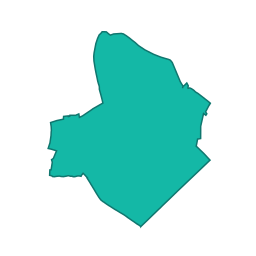 Serrekunda West, Banjul, Gambia (Mercator projection), rotated 80°
{"feature_id": "56634734B71497134195207", "entity_name": "Serrekunda West", "entity_type": "district", "adm_level": 2, "iso_a3": "GMB", "parent_name": "Gambia", "parent_adm1": "Banjul", "projection": "mercator", "projection_center": [-16.697, 13.446], "detail": "fine", "context": "isolated", "style": "filled", "palette": "teal", "viewbox_px": 256, "rotation_deg": 80, "n_neighbors": 0, "source": "geoboundaries", "source_scale": "gbopen_adm2", "svg_char_len": 3055}
<svg xmlns="http://www.w3.org/2000/svg" viewBox="0 0 256 256"><g transform="rotate(80 128 128)"><path d="M118.9,43.4L117.9,42.6L115.4,44.7L106.1,53.1L104.3,55.2L102.1,56.8L100.3,58.7L99.3,60.2L99.3,61.9L98.3,61.9L96.9,61.3L93.9,62.3L95.8,65.0L96.7,66.7L97.6,67.1L98.3,67.4L96.3,66.6L91.4,68.5L71.4,73.0L69.9,73.7L68.3,74.8L67.3,76.5L66.1,79.0L64.0,83.2L62.8,85.2L59.8,90.1L59.3,90.7L57.7,92.9L53.9,97.9L49.6,102.4L49.2,102.8L48.5,103.5L45.1,106.1L42.7,108.3L41.7,109.2L39.7,110.9L36.5,114.0L36.0,114.6L34.6,116.1L33.7,118.2L32.9,125.9L33.4,128.8L33.5,129.1L32.1,130.6L29.6,132.6L29.2,134.1L28.7,136.7L28.9,137.0L30.0,138.2L31.3,140.2L34.5,142.4L39.3,145.0L48.3,148.4L51.5,149.3L56.1,149.9L63.3,150.0L65.2,150.0L69.7,149.9L71.9,149.8L75.7,149.7L76.4,149.7L79.5,149.4L81.4,149.1L82.7,149.1L83.2,149.2L85.0,149.5L90.2,149.0L95.2,148.6L95.3,148.6L99.1,148.4L102.9,159.1L103.3,159.9L103.4,160.0L108.2,170.7L108.5,171.8L109.1,174.0L105.6,174.0L106.4,177.5L105.4,182.8L105.4,183.1L106.4,183.4L106.4,184.2L106.4,184.7L105.8,184.7L105.8,184.9L105.7,184.9L105.4,189.4L106.5,189.7L107.2,189.9L108.1,190.0L108.1,190.4L108.3,196.8L109.2,203.3L113.2,203.4L113.3,203.4L117.3,203.9L118.4,204.3L122.4,205.2L122.6,205.3L128.7,207.3L129.2,207.5L129.4,207.6L134.3,210.2L135.6,207.1L138.1,202.3L140.3,203.8L144.1,206.2L145.1,206.9L145.9,208.8L146.1,208.8L148.3,208.5L149.2,208.7L151.5,209.5L151.8,209.6L155.8,211.0L155.7,212.2L159.1,213.0L161.0,213.4L161.5,212.1L161.9,211.5L162.0,211.4L162.4,210.9L162.8,210.6L162.9,210.1L163.2,208.9L163.2,208.2L163.2,206.7L163.4,204.0L164.1,202.4L164.2,202.0L164.5,200.9L164.6,200.4L164.7,200.1L164.7,198.9L164.7,198.3L164.7,197.9L164.7,196.7L164.6,195.3L164.6,195.2L164.8,194.5L165.5,193.1L165.8,191.4L166.1,191.0L166.4,190.6L166.7,189.1L166.7,188.3L166.5,186.3L166.6,185.3L166.6,184.8L167.4,182.6L166.7,182.2L164.8,180.1L166.9,178.6L169.9,176.7L170.1,177.0L170.6,176.8L172.1,176.2L173.1,175.8L173.6,175.6L174.5,175.2L175.8,174.7L177.0,174.3L178.4,173.7L180.0,173.1L181.5,172.5L182.0,172.3L183.6,171.7L184.3,171.4L184.5,171.4L185.4,171.0L186.2,170.7L187.1,170.4L187.4,170.2L187.5,170.2L191.2,168.7L191.6,168.5L191.8,168.4L192.2,168.2L194.2,167.2L194.3,167.1L194.5,166.9L195.5,166.0L196.3,165.3L196.6,164.9L196.9,164.5L197.0,164.4L197.2,164.2L197.3,164.2L199.3,162.2L201.4,160.0L201.4,159.9L205.3,155.7L205.5,155.5L206.2,154.7L206.8,154.0L206.9,153.8L209.9,150.4L210.0,150.3L210.2,150.1L210.5,149.7L211.0,149.1L213.0,146.8L213.1,146.7L214.4,145.4L215.1,144.7L215.3,144.6L215.5,144.3L215.9,144.0L216.0,144.0L216.3,143.6L218.2,141.7L219.9,140.0L221.3,138.5L224.4,135.5L224.5,135.4L224.4,135.2L227.2,132.5L227.3,132.5L227.2,132.4L222.4,125.2L217.1,117.4L216.8,116.9L213.4,111.9L212.6,110.6L210.4,107.5L208.8,105.1L205.4,100.0L200.5,92.8L200.2,92.3L198.8,90.3L196.5,86.8L193.4,82.1L192.0,80.0L190.4,77.6L183.1,66.6L179.1,60.6L173.9,52.8L166.2,57.8L157.7,64.0L157.6,63.9L151.0,61.4L151.0,58.6L151.0,58.3L138.9,56.1L126.9,51.1L129.0,49.1L127.7,47.9L125.6,48.8L118.7,43.5L118.9,43.4Z" fill="#14b8a6" stroke="#0f766e" stroke-width="1.5"/></g></svg>